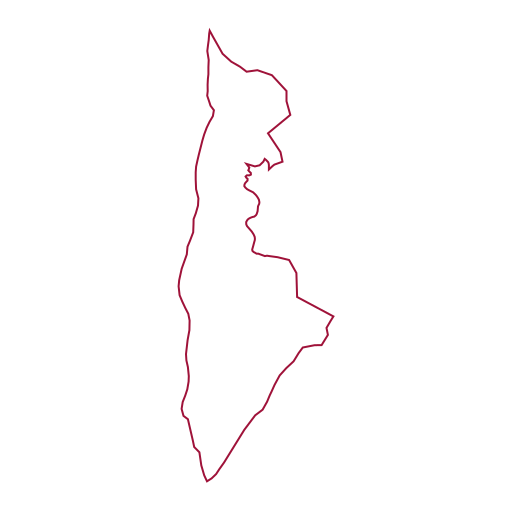 Sipsu, Samchi, Bhutan
{"feature_id": "84629894B94352407868213", "entity_name": "Sipsu", "entity_type": "district", "adm_level": 2, "iso_a3": "BTN", "parent_name": "Bhutan", "parent_adm1": "Samchi", "projection": "albers", "projection_center": [88.886, 27.002], "detail": "fine", "context": "isolated", "style": "outline", "palette": "rose", "viewbox_px": 512, "rotation_deg": 0, "n_neighbors": 0, "source": "geoboundaries", "source_scale": "gbopen_adm2", "svg_char_len": 2264}
<svg xmlns="http://www.w3.org/2000/svg" viewBox="0 0 512 512"><path d="M209.7,30.7L209.2,33.5L208.7,40.1L208.0,45.2L207.3,51.0L208.7,60.0L208.4,67.1L208.4,74.3L207.9,78.8L207.6,84.7L207.7,91.2L207.2,95.7L208.9,100.7L210.5,105.7L213.9,110.2L212.9,116.1L209.6,121.7L206.7,127.7L204.2,134.4L202.4,140.5L200.5,148.0L198.9,154.3L197.5,160.2L196.1,166.6L195.7,172.2L195.7,179.7L196.1,189.3L198.4,198.3L198.0,205.6L195.8,213.3L193.6,219.1L193.5,224.4L193.2,232.3L190.0,240.7L187.5,246.7L186.8,254.4L181.7,268.7L179.2,280.1L178.6,286.3L179.6,295.2L182.2,301.4L185.3,308.0L188.3,313.8L189.6,320.5L189.4,330.2L187.6,340.1L186.0,354.1L186.4,360.4L187.9,367.1L188.8,376.1L188.6,381.6L187.3,389.3L185.2,395.7L182.7,402.0L181.6,408.9L183.5,415.9L187.9,419.2L192.9,440.8L194.2,447.0L199.4,452.3L201.3,465.4L204.2,475.3L207.0,481.3L211.6,478.4L216.1,474.1L219.3,469.2L224.0,462.6L244.3,429.8L255.2,415.3L262.6,409.7L267.1,401.7L269.8,395.2L271.4,391.9L274.6,384.8L279.7,375.4L286.3,368.1L293.6,361.3L298.7,353.0L302.8,347.5L314.6,345.2L321.6,345.1L327.9,334.9L326.5,327.9L330.6,320.9L333.4,316.4L308.5,303.1L297.1,297.0L296.4,273.0L289.1,260.0L277.6,257.2L269.5,256.1L267.0,255.7L264.9,256.1L263.0,255.4L260.0,254.3L258.4,253.7L256.6,253.7L254.8,252.6L253.6,252.0L252.4,250.8L252.2,249.5L253.2,246.0L254.2,242.2L254.8,240.1L254.9,238.8L254.7,236.9L253.6,234.4L251.8,231.6L248.7,228.0L247.1,226.2L246.3,224.5L246.2,223.3L246.2,222.0L247.2,220.2L248.2,219.1L249.4,218.3L251.1,217.5L252.5,217.0L254.3,216.6L256.0,215.2L256.7,214.0L257.6,211.2L257.9,207.8L258.0,206.4L258.6,205.0L259.2,203.8L259.4,202.2L258.9,199.7L258.0,198.0L256.9,196.3L255.7,194.8L253.1,192.3L248.9,190.2L247.0,189.1L245.2,187.4L244.3,186.1L244.5,184.5L245.1,183.2L246.6,181.5L247.5,180.6L247.6,178.9L246.3,177.7L245.6,176.5L246.9,175.3L248.1,175.3L249.5,175.3L250.9,174.6L250.8,172.9L249.3,171.5L248.3,170.3L248.9,169.0L249.3,167.5L246.5,163.9L254.9,166.4L259.6,165.3L263.4,161.6L264.7,158.9L266.2,160.1L268.1,162.1L268.6,163.2L268.9,165.0L268.9,169.5L272.5,166.1L274.4,164.6L282.5,161.7L280.5,152.1L268.0,133.3L290.3,114.9L286.5,101.2L286.5,97.9L286.5,96.6L286.5,91.0L271.9,75.2L257.4,70.2L246.6,71.7L240.0,66.7L231.3,61.7L222.6,53.8L212.9,36.6L209.7,30.7Z" fill="none" stroke="#9f1239" stroke-width="2"/></svg>